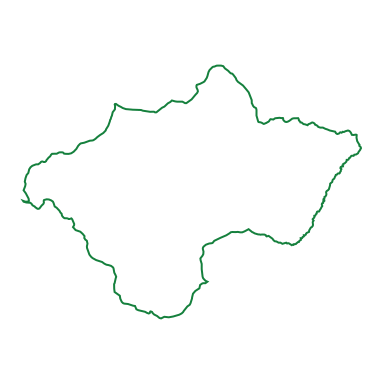 the district of Santa María, Huila, Colombia
{"feature_id": "7082276B74568314469162", "entity_name": "Santa María", "entity_type": "district", "adm_level": 2, "iso_a3": "COL", "parent_name": "Colombia", "parent_adm1": "Huila", "projection": "orthographic", "projection_center": [-75.551, 2.922], "detail": "fine", "context": "isolated", "style": "outline", "palette": "green", "viewbox_px": 384, "rotation_deg": 0, "n_neighbors": 0, "source": "geoboundaries", "source_scale": "gbopen_adm2", "svg_char_len": 5983}
<svg xmlns="http://www.w3.org/2000/svg" viewBox="0 0 384 384"><path d="M213.3,66.7L212.4,67.2L209.6,70.0L208.5,72.1L207.4,76.2L206.7,78.0L204.4,81.5L203.1,82.3L200.1,83.8L196.8,84.9L196.4,85.9L196.5,87.5L197.6,89.9L197.9,91.3L197.2,92.9L195.5,94.7L191.6,99.4L186.4,103.1L185.0,103.1L182.5,101.7L177.4,101.7L175.2,101.4L171.9,100.5L170.3,102.0L167.9,103.3L164.4,106.6L162.1,107.7L156.4,112.3L155.1,112.4L153.9,111.7L150.1,111.8L142.9,110.7L141.0,110.0L132.7,109.7L125.9,109.1L122.7,108.0L120.9,106.9L118.6,105.8L115.9,103.9L115.0,104.0L114.7,104.5L115.1,106.0L114.9,109.4L112.7,112.2L111.9,115.7L111.3,116.9L110.7,119.1L110.1,120.0L109.9,121.2L108.3,125.7L106.0,129.4L105.7,130.5L103.3,133.0L100.1,135.0L97.3,137.1L95.5,138.8L93.4,140.2L92.2,140.5L89.8,140.7L84.3,142.7L80.8,143.4L79.9,144.0L78.2,145.8L76.3,149.0L75.4,149.9L73.7,151.7L71.2,153.3L68.6,153.9L65.2,153.8L64.0,153.6L63.3,152.7L62.2,152.3L59.9,152.3L58.8,152.6L56.8,153.7L52.1,153.8L51.1,154.7L50.1,156.4L48.6,157.6L46.4,160.3L46.1,161.1L45.4,161.7L44.8,162.0L43.7,162.0L42.6,161.5L41.6,161.6L40.9,162.0L40.2,162.9L38.2,164.3L36.7,164.3L35.6,164.5L32.3,165.8L30.5,167.3L29.2,169.3L28.3,173.0L26.6,175.0L25.5,178.2L24.8,181.7L25.6,183.9L25.2,186.1L23.6,190.3L25.8,193.3L28.6,198.6L28.9,200.8L28.7,201.2L27.7,201.6L26.0,201.7L25.1,201.6L23.0,200.8L23.6,201.7L26.3,202.5L30.4,202.8L31.7,204.0L32.5,205.3L34.8,206.6L35.4,207.4L36.4,207.9L36.6,208.3L38.0,208.9L39.4,208.5L41.6,205.6L43.3,204.0L43.9,202.7L43.7,200.9L44.1,200.0L46.7,199.3L49.0,199.5L51.2,200.4L52.9,201.6L53.6,203.1L54.7,206.5L56.6,207.7L59.5,210.8L60.4,212.5L61.6,213.7L61.9,215.3L62.4,216.3L63.6,217.6L64.5,218.2L67.0,218.3L67.8,218.5L68.6,219.0L69.6,219.0L71.4,218.4L72.2,219.3L74.2,224.0L74.1,225.2L73.0,227.1L75.6,230.1L80.3,231.7L82.7,233.9L84.5,236.1L84.3,238.0L85.3,239.6L86.8,240.7L87.5,243.6L86.9,246.3L87.0,247.9L89.4,254.6L91.1,256.8L92.6,258.1L96.2,260.1L102.1,262.0L104.4,263.7L106.4,264.7L108.6,265.1L111.1,265.9L113.0,267.4L113.5,268.3L114.3,272.7L115.5,275.0L116.2,276.8L115.7,278.3L114.6,283.2L114.1,284.1L114.2,288.7L114.6,292.0L119.8,295.7L120.3,298.7L121.7,301.8L123.0,303.1L124.2,303.6L128.0,304.0L133.1,305.7L135.0,306.0L136.4,309.3L138.3,310.2L145.1,311.8L147.0,312.9L148.7,313.5L149.7,313.1L150.2,311.6L150.7,311.4L152.1,312.0L152.6,313.0L154.1,314.5L157.1,316.0L159.5,318.0L161.1,318.4L164.3,316.8L168.8,317.3L173.2,316.5L179.3,314.7L181.7,313.4L183.1,312.1L183.8,310.9L187.4,306.4L189.7,304.8L190.5,303.3L192.0,298.5L192.1,297.4L193.0,293.7L195.4,290.9L199.4,288.3L200.1,285.0L202.0,283.6L203.1,283.2L205.4,283.2L207.4,281.7L205.5,280.8L203.6,278.8L203.1,278.1L202.6,276.7L201.7,269.1L201.7,263.9L200.6,260.2L200.4,258.4L202.5,255.7L203.3,254.1L203.5,251.6L202.8,248.9L202.9,247.9L203.5,246.7L205.9,244.7L209.2,243.5L211.8,243.2L212.6,242.9L214.3,240.8L220.5,237.8L226.3,235.3L229.7,233.2L230.7,232.3L232.2,232.0L235.8,232.1L237.8,231.9L240.0,232.3L242.3,232.3L244.5,231.4L248.6,229.2L252.2,232.1L253.2,232.5L254.7,233.4L258.1,234.4L259.8,234.5L260.4,234.7L262.1,234.5L264.6,234.6L265.9,235.3L266.2,236.1L266.6,236.4L268.6,235.9L272.5,238.7L273.2,239.8L274.6,241.2L276.5,241.5L278.6,242.7L280.5,242.7L282.4,243.8L286.2,242.7L287.1,243.5L288.0,243.2L288.8,243.3L291.8,245.2L292.5,244.7L293.5,244.9L294.0,244.1L294.9,244.2L295.9,244.0L296.2,243.5L297.2,242.8L297.7,242.2L298.9,242.0L299.4,240.8L300.9,239.9L300.7,238.2L301.8,238.3L302.2,238.0L302.6,237.0L303.5,236.7L303.8,236.4L303.8,235.3L304.6,235.5L304.8,235.2L305.8,234.6L306.1,233.6L306.8,232.9L309.0,231.9L309.2,230.4L310.8,227.6L311.8,227.1L312.8,225.8L313.0,224.8L312.7,222.1L313.6,220.6L312.7,219.6L312.7,219.1L314.3,217.5L314.3,215.9L314.9,215.9L315.2,215.7L315.9,214.2L316.7,213.6L316.7,212.7L317.0,211.9L317.5,211.5L318.9,211.6L319.2,211.3L320.0,209.7L320.7,208.8L321.5,207.1L322.2,206.3L322.2,205.6L321.8,204.8L321.9,203.9L322.2,203.3L323.0,203.1L323.2,202.8L323.2,201.5L323.3,201.0L323.6,200.9L324.1,201.1L324.4,200.8L324.2,200.2L323.5,200.0L323.4,199.3L323.7,198.8L324.4,198.6L324.5,196.9L325.4,196.5L326.3,194.9L326.4,194.0L326.1,192.4L326.3,191.6L326.8,191.0L328.0,190.2L328.9,189.2L330.0,185.5L330.2,183.6L332.2,182.0L332.6,180.1L333.0,179.5L333.9,178.9L334.3,178.5L335.1,176.4L335.6,175.8L335.8,174.9L336.9,174.6L337.7,173.6L338.5,173.4L339.3,173.5L339.7,173.2L339.9,172.4L340.8,171.2L340.8,170.2L341.4,169.2L341.3,168.8L340.4,168.1L340.6,167.2L340.9,166.9L342.9,166.4L342.5,165.3L343.3,164.8L343.3,163.9L344.8,163.2L346.4,161.6L346.7,159.9L347.7,159.9L348.4,159.6L349.3,157.9L349.9,157.8L351.2,156.0L351.9,155.7L353.6,155.8L354.3,154.7L356.1,154.5L358.0,153.3L358.6,151.9L360.2,149.8L360.3,149.2L360.8,148.7L361.0,148.1L360.6,147.0L359.3,145.8L359.5,144.7L358.9,144.0L357.2,141.1L356.5,137.7L356.7,135.0L356.0,134.6L353.3,135.0L351.8,134.8L351.2,133.3L350.4,132.0L349.4,131.0L348.0,130.5L345.5,131.2L343.9,132.0L342.7,131.8L342.3,132.3L341.4,132.7L340.8,132.3L340.2,132.3L339.0,133.5L337.5,134.0L336.8,133.8L335.9,133.1L335.2,131.7L329.8,130.5L327.5,129.5L325.3,128.8L322.9,127.6L320.3,127.6L318.2,126.9L317.4,125.7L316.5,125.4L316.1,125.0L315.3,124.8L314.9,124.5L314.8,123.9L314.4,123.4L312.7,122.5L311.5,122.7L310.6,123.4L308.4,124.2L307.6,125.2L304.9,124.3L303.5,124.1L301.6,122.5L300.4,122.4L300.0,121.5L298.9,120.4L298.8,119.4L298.2,118.2L293.8,118.3L292.3,118.6L289.4,120.8L287.7,121.7L286.4,122.0L285.2,121.8L283.8,120.6L283.2,119.7L283.1,118.3L282.9,118.0L281.4,118.1L279.5,117.8L275.7,118.2L274.9,118.4L273.4,119.5L270.5,119.2L270.1,119.5L269.2,121.0L268.4,121.8L267.4,122.2L266.5,122.9L265.8,123.1L264.3,123.8L263.6,123.9L261.6,122.7L260.4,122.3L258.8,122.1L258.4,121.9L258.1,121.3L256.5,115.6L256.5,110.0L256.1,108.3L255.7,107.9L254.1,107.1L252.9,105.6L252.5,104.4L251.8,103.3L251.7,100.1L248.7,92.4L246.3,89.4L243.0,85.5L237.8,81.7L236.3,79.7L236.0,78.5L235.2,77.3L233.0,74.4L232.1,73.6L230.9,73.4L229.9,72.6L228.2,70.8L224.9,68.4L223.3,66.2L221.1,65.6L217.7,65.6L216.5,65.7L214.4,66.6L213.3,66.7Z" fill="none" stroke="#15803d" stroke-width="2"/></svg>